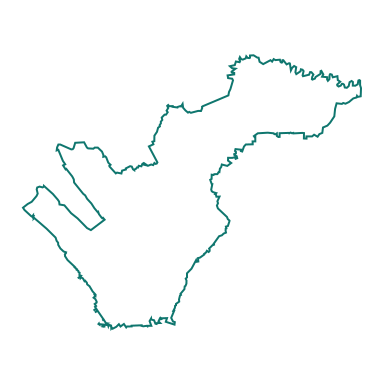 NCR, Third District, Valenzuela, Philippines (Mercator projection)
{"feature_id": "2640588B11276327116073", "entity_name": "NCR, Third District", "entity_type": "district", "adm_level": 2, "iso_a3": "PHL", "parent_name": "Philippines", "parent_adm1": "Valenzuela", "projection": "mercator", "projection_center": [120.97, 14.71], "detail": "fine", "context": "isolated", "style": "outline", "palette": "teal", "viewbox_px": 384, "rotation_deg": 0, "n_neighbors": 0, "source": "geoboundaries", "source_scale": "gbopen_adm2", "svg_char_len": 5901}
<svg xmlns="http://www.w3.org/2000/svg" viewBox="0 0 384 384"><path d="M23.0,207.7L24.5,210.0L31.0,216.0L32.0,216.6L33.1,215.3L33.1,216.4L34.3,215.0L32.9,217.2L34.0,217.8L33.9,218.3L34.2,218.0L46.6,228.7L55.6,237.6L56.6,240.8L58.1,242.7L58.2,244.8L60.4,248.5L63.6,251.5L66.0,252.3L65.7,252.9L66.4,252.6L65.1,254.0L65.0,256.1L67.5,260.0L75.0,267.1L74.7,267.4L76.9,269.2L76.6,269.7L78.3,270.9L78.6,272.2L79.6,272.7L79.4,275.0L81.0,275.7L77.8,278.3L79.8,276.9L80.3,278.3L81.1,277.3L83.0,278.5L84.5,281.2L85.1,280.7L86.8,282.6L87.2,284.4L89.5,286.2L92.6,291.4L95.6,294.7L95.5,295.6L93.9,293.8L95.4,295.9L93.6,297.7L95.4,299.1L96.7,301.8L96.6,302.6L94.7,304.0L96.1,306.0L95.0,306.8L96.2,308.7L93.5,310.5L96.3,308.8L97.4,310.5L94.9,312.4L97.6,310.8L103.6,319.5L102.3,320.5L103.7,319.6L105.9,323.1L107.1,323.3L106.4,323.6L106.5,324.6L105.7,324.8L99.1,324.1L98.9,323.5L98.5,324.0L99.5,324.7L99.5,324.2L103.8,324.7L103.7,326.0L102.4,325.9L102.3,326.4L103.7,326.7L105.3,326.4L103.7,326.3L104.0,324.7L108.0,325.1L108.3,326.0L108.6,324.9L110.0,325.1L110.3,325.8L111.1,325.7L111.3,328.6L112.0,327.8L112.7,328.7L116.3,326.8L118.9,324.2L120.5,326.5L123.9,324.0L126.2,327.4L126.9,326.5L131.6,326.4L131.6,325.7L141.5,325.3L141.4,325.8L143.2,326.3L146.8,325.8L147.6,326.4L147.9,325.8L151.3,325.8L149.6,321.1L151.1,318.5L151.2,319.5L154.1,320.3L155.4,323.7L156.6,324.0L156.9,323.1L160.2,323.0L158.5,321.3L159.4,319.5L160.9,319.2L160.0,318.2L160.4,317.7L161.4,318.3L167.0,318.1L165.8,321.8L174.5,324.6L174.8,322.1L173.0,321.5L171.2,317.9L174.1,310.9L173.3,310.9L174.9,307.8L175.1,305.8L176.0,305.3L176.0,303.9L179.2,301.6L179.0,299.5L180.0,295.5L181.0,294.9L180.5,293.8L184.4,289.2L184.7,286.4L185.5,285.9L186.4,283.7L186.5,280.5L185.7,278.7L187.0,277.4L187.0,273.3L191.5,268.7L196.1,260.1L196.6,261.8L198.3,261.5L198.0,258.1L200.0,257.6L204.3,254.5L204.1,253.9L206.0,252.5L206.9,250.8L208.6,252.0L209.5,251.2L209.7,249.9L209.1,248.6L212.4,245.3L214.8,244.4L213.3,244.3L219.1,236.2L221.9,235.3L223.6,233.6L226.0,232.6L225.6,230.8L225.7,228.7L226.4,228.4L225.9,226.6L227.9,226.0L229.4,221.4L229.5,220.6L227.8,219.1L227.0,217.0L217.9,208.4L216.9,205.6L218.0,203.2L217.4,201.3L219.5,196.6L216.4,196.7L215.9,194.6L215.1,194.2L216.2,193.1L213.2,192.2L211.8,191.3L211.2,189.6L212.3,184.2L211.8,184.2L210.2,179.8L211.6,178.9L211.7,174.7L213.6,175.0L214.2,174.2L217.4,174.1L218.6,172.1L219.4,172.2L219.9,168.7L221.2,167.0L221.8,164.5L227.3,165.9L231.2,163.0L228.0,160.6L228.1,157.8L232.3,157.9L234.8,157.2L235.6,158.8L237.2,158.2L236.7,156.2L234.3,154.9L234.2,154.1L235.9,153.4L235.9,151.8L235.0,151.0L235.5,149.1L241.2,149.7L240.9,151.1L242.2,151.5L244.0,146.5L245.8,144.5L252.7,144.3L252.6,141.4L255.3,141.4L255.3,137.2L255.0,137.7L253.9,136.1L257.8,133.3L267.7,132.7L273.7,133.3L274.3,134.1L275.4,134.3L276.8,133.4L276.9,136.0L278.4,137.0L279.6,136.9L279.6,133.2L288.9,132.9L289.2,133.3L290.6,132.6L291.8,133.2L293.3,132.9L293.4,133.4L302.5,132.9L304.0,133.1L303.9,138.5L306.5,138.6L306.5,136.4L312.1,136.4L314.1,134.7L317.6,136.7L319.4,134.1L322.3,132.9L323.0,127.5L327.4,125.6L330.1,122.7L334.3,116.4L335.1,108.8L336.6,103.3L341.9,103.9L343.2,103.0L345.5,103.7L349.0,102.0L353.3,98.4L356.5,97.5L357.0,95.9L357.7,96.9L360.7,96.3L361.0,88.1L360.1,85.2L360.1,80.6L359.3,80.1L358.4,80.5L357.7,84.3L355.3,85.7L352.8,85.6L352.9,82.0L351.6,81.0L349.6,82.2L348.7,86.1L346.8,87.8L344.8,87.5L344.0,84.6L342.8,83.8L341.9,83.8L340.8,85.6L338.6,86.5L337.3,85.5L337.2,84.5L340.2,81.7L337.8,80.1L337.4,76.2L332.8,77.3L331.8,74.6L330.2,74.1L329.6,75.1L329.4,79.2L327.9,80.8L327.1,79.4L327.2,77.2L322.1,76.7L323.3,74.4L321.3,70.8L320.6,71.1L320.5,73.9L315.6,77.0L314.9,78.6L312.4,79.6L311.9,79.2L312.2,76.9L313.4,74.5L311.4,72.2L310.1,72.1L309.1,74.7L303.0,76.2L302.6,75.4L303.6,71.1L302.5,69.7L300.9,69.3L300.5,71.3L296.3,74.1L295.4,72.2L296.2,67.2L294.1,66.0L292.1,67.9L290.9,70.4L289.9,63.5L289.1,63.2L286.6,64.4L283.3,60.2L282.5,60.2L282.2,62.4L281.4,62.6L280.5,61.9L279.9,59.7L275.4,60.1L273.7,59.1L272.1,61.6L270.5,60.2L263.2,64.1L259.6,61.8L258.6,57.7L257.3,57.6L253.6,55.3L250.0,55.5L250.0,57.7L249.2,58.1L247.7,57.9L246.3,56.3L245.7,58.4L242.8,59.6L241.2,59.1L239.9,57.1L239.2,58.9L240.1,61.2L239.6,62.2L235.9,61.5L234.8,65.1L229.9,66.2L232.1,68.2L235.5,68.7L231.6,71.6L231.7,72.4L234.2,72.9L234.2,74.4L227.6,75.4L228.1,78.1L232.2,78.7L233.0,80.3L230.4,89.1L229.0,92.0L228.4,95.4L202.6,106.3L202.0,106.8L202.2,108.0L201.0,111.0L198.2,110.9L190.9,112.8L189.2,111.9L188.0,112.6L185.4,110.4L183.1,107.7L182.6,103.9L181.0,106.5L180.3,106.1L177.5,107.0L177.4,107.5L172.5,106.8L172.6,106.1L169.2,106.2L168.2,105.0L167.2,105.9L168.2,108.0L166.6,110.7L167.7,112.2L166.0,114.7L164.5,114.7L161.7,117.6L162.3,119.9L160.8,121.7L160.9,123.3L159.6,125.2L159.9,126.4L158.1,127.7L157.0,131.8L154.4,135.7L154.3,141.2L152.4,141.7L153.4,144.3L148.9,146.4L157.4,162.4L156.7,163.6L155.5,163.9L154.4,163.0L153.2,165.1L151.2,164.5L147.9,165.8L143.8,163.0L143.3,163.3L144.7,164.9L142.2,164.3L141.4,166.3L138.7,165.8L138.1,167.5L137.0,167.4L136.1,168.7L134.3,169.6L134.3,170.2L133.0,169.3L131.8,166.6L130.1,166.2L125.8,168.4L125.9,169.5L122.1,170.6L121.4,173.5L117.0,172.6L115.8,173.4L109.5,166.5L109.3,165.8L110.5,164.8L108.3,162.7L106.2,157.3L105.1,156.3L103.3,156.8L103.4,155.0L102.0,151.6L97.8,147.6L94.7,147.6L93.4,148.7L88.1,148.4L86.9,147.5L84.1,142.3L75.2,142.8L73.6,148.1L72.7,149.2L71.3,149.4L60.2,144.5L58.4,144.5L57.1,147.4L56.7,150.4L58.3,149.8L62.9,160.9L65.2,164.3L63.1,165.4L65.6,169.4L66.3,168.9L72.2,176.4L73.8,179.4L74.1,182.5L83.2,193.8L85.2,195.4L87.1,198.8L91.4,203.5L94.4,208.2L97.8,212.3L98.2,211.9L99.0,214.2L101.5,217.5L102.3,218.3L103.0,217.8L104.6,219.7L90.9,230.1L87.1,228.1L77.6,218.4L71.1,213.2L64.4,205.3L59.5,204.5L59.1,201.6L57.8,199.7L52.9,194.0L43.9,185.9L43.8,186.7L42.6,187.4L39.6,186.6L37.2,187.5L36.7,189.4L37.7,193.6L36.5,196.1L31.7,201.8L27.7,204.0L23.0,207.7Z" fill="none" stroke="#0f766e" stroke-width="2"/></svg>